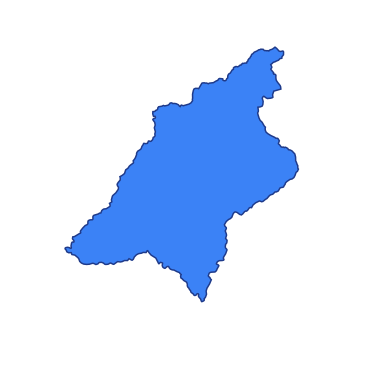 outline of Vilcas Huaman, Ayacucho, Peru, rotated 67°
{"feature_id": "86281439B2883679079046", "entity_name": "Vilcas Huaman", "entity_type": "district", "adm_level": 2, "iso_a3": "PER", "parent_name": "Peru", "parent_adm1": "Ayacucho", "projection": "mercator", "projection_center": [-73.905, -13.674], "detail": "fine", "context": "isolated", "style": "filled", "palette": "blue", "viewbox_px": 384, "rotation_deg": 67, "n_neighbors": 0, "source": "geoboundaries", "source_scale": "gbopen_adm2", "svg_char_len": 5976}
<svg xmlns="http://www.w3.org/2000/svg" viewBox="0 0 384 384"><g transform="rotate(67 192 192)"><path d="M295.1,222.6L294.2,220.8L291.8,218.6L288.7,217.7L286.5,215.9L283.4,211.7L280.3,208.5L278.9,209.0L277.8,208.9L276.5,209.6L275.6,209.8L273.6,208.1L273.2,207.1L273.3,205.7L274.6,202.1L274.0,200.3L272.5,198.8L270.4,196.1L269.5,196.2L267.9,197.6L267.5,197.5L266.8,196.9L266.1,195.8L265.9,194.6L265.9,193.6L266.9,190.9L267.1,189.5L266.6,189.0L265.2,189.0L264.2,188.3L262.0,185.2L259.0,182.4L258.3,182.4L256.6,183.0L255.5,182.8L253.4,181.6L252.4,179.9L250.6,178.8L250.1,178.6L247.8,179.2L245.3,177.1L244.1,176.8L240.8,176.6L239.1,174.7L238.2,174.4L236.0,175.1L234.7,174.9L232.5,171.9L231.6,169.0L231.5,167.1L230.8,165.2L228.3,162.8L227.5,161.6L227.2,160.5L227.3,159.9L228.4,158.5L231.2,156.9L232.4,155.5L232.0,153.9L230.6,151.2L230.5,150.1L230.9,149.3L230.7,148.2L229.0,145.4L229.1,144.3L229.7,143.3L227.8,140.9L226.8,137.6L226.6,133.5L226.9,133.0L228.2,131.7L228.4,130.4L227.5,127.3L227.3,125.6L225.7,122.4L225.3,120.9L225.6,118.5L224.4,115.5L224.9,114.2L224.8,112.2L222.7,109.4L222.7,108.4L223.2,106.4L223.0,105.6L221.9,104.4L221.5,103.5L220.1,102.3L219.4,100.5L218.7,96.8L219.1,94.8L218.5,92.5L216.9,90.6L215.0,88.9L214.5,88.3L214.2,86.9L212.5,85.1L211.5,85.3L208.9,84.3L208.0,84.5L205.4,84.3L203.8,84.4L200.3,83.0L197.1,82.5L193.3,83.9L191.8,85.1L190.7,86.7L189.4,86.8L188.0,87.8L187.1,88.8L187.2,89.7L186.2,90.5L186.2,91.1L185.4,92.3L182.9,92.9L181.5,93.6L181.0,93.5L179.0,91.6L176.4,92.0L175.7,92.7L175.2,93.9L174.0,94.5L170.9,97.3L168.1,99.3L165.9,100.4L163.8,100.4L162.2,99.9L161.0,99.1L159.6,99.7L155.2,100.2L152.6,101.3L150.0,101.4L145.6,100.9L144.6,100.5L143.9,99.6L143.0,99.1L139.7,98.2L140.3,96.0L140.4,94.1L140.2,93.6L139.0,92.5L136.4,91.1L133.1,90.7L132.1,89.4L131.9,88.8L132.2,88.2L133.8,87.4L135.4,86.1L136.4,82.9L136.6,81.2L136.4,80.5L133.9,79.8L131.1,77.3L132.0,70.0L129.8,69.3L128.3,69.3L124.7,70.3L122.8,70.7L121.5,70.7L119.4,70.1L117.2,69.1L115.9,69.7L115.6,70.6L114.7,70.8L114.3,70.3L113.4,70.5L109.9,71.5L109.5,71.3L108.7,70.0L108.2,69.7L105.4,69.7L105.1,68.2L104.4,66.6L104.6,64.1L104.4,63.3L104.5,60.9L103.6,58.9L104.0,57.1L102.6,56.3L101.5,54.2L98.9,53.0L98.2,53.0L97.7,53.3L97.2,55.8L96.3,56.8L92.8,58.0L91.1,59.0L91.9,62.2L91.7,64.8L92.2,66.2L91.6,66.7L91.3,67.9L90.7,68.7L90.3,69.8L89.3,70.5L88.5,70.7L87.4,72.9L87.5,73.9L87.2,74.8L87.6,77.4L87.6,80.0L88.5,82.0L88.6,83.1L89.3,84.0L89.9,84.3L90.2,85.1L91.3,86.4L91.5,87.4L92.4,88.9L93.2,89.3L93.6,90.5L94.6,91.3L93.9,93.2L93.8,94.3L93.3,95.2L93.7,96.0L93.7,96.6L94.3,97.2L94.0,98.2L94.6,100.2L94.6,101.1L93.8,102.2L93.5,103.2L93.8,103.8L93.6,104.2L93.7,104.7L94.1,105.5L95.3,106.0L95.4,107.4L97.5,110.3L97.6,111.7L98.1,112.7L99.1,113.7L101.0,114.6L101.3,115.8L102.3,116.8L102.6,117.6L102.2,118.9L101.2,119.8L99.8,119.5L98.3,122.2L98.3,123.1L99.3,124.8L99.2,126.2L99.7,129.6L98.6,133.4L98.7,134.7L97.4,136.0L97.0,137.1L96.3,138.0L95.7,139.8L95.7,140.4L99.5,145.5L98.7,146.5L97.9,148.5L98.0,150.0L99.1,151.1L102.2,153.3L106.0,154.8L106.7,155.4L108.2,155.8L109.6,158.2L109.9,160.4L109.2,166.2L107.8,167.9L108.1,168.7L108.8,169.4L108.3,169.9L106.3,170.5L104.5,172.1L103.4,174.0L103.2,175.0L102.3,175.6L101.8,176.3L101.6,177.4L102.5,179.0L102.7,180.3L102.1,183.5L101.1,184.6L101.3,185.9L100.5,189.4L101.2,190.6L102.2,191.1L102.8,192.4L102.7,193.6L103.1,194.2L103.2,195.3L102.7,196.6L104.7,197.6L107.2,197.9L107.5,197.8L107.8,196.5L108.9,196.4L109.7,197.2L109.5,199.0L109.9,199.7L110.9,199.7L113.2,199.1L116.0,199.7L118.2,201.6L122.3,202.2L124.1,203.6L125.3,203.8L126.0,204.3L126.5,205.2L126.6,206.4L127.8,207.2L128.6,208.1L129.3,209.9L129.2,210.4L128.2,211.7L128.1,212.2L129.8,214.0L129.3,216.0L128.6,216.9L128.4,217.6L129.2,218.3L130.5,220.3L132.3,221.9L132.9,223.8L133.1,225.7L134.0,227.2L134.9,228.0L135.8,228.3L138.3,230.7L139.3,232.1L140.3,234.0L141.8,234.2L142.4,234.7L143.1,237.8L143.7,239.6L145.1,241.7L145.7,244.4L148.6,246.9L149.4,249.7L149.7,252.4L150.9,252.5L152.9,253.4L154.4,256.3L155.6,257.9L157.1,258.2L158.8,257.8L160.6,258.7L163.0,262.4L164.2,266.0L164.7,266.9L167.8,269.3L169.2,269.5L169.8,269.8L170.2,272.4L172.0,272.4L173.2,273.2L173.9,277.5L173.2,279.8L173.4,281.2L173.9,282.4L175.7,284.1L175.3,285.5L175.6,286.7L175.1,291.3L175.3,292.1L176.2,293.0L177.5,293.4L178.5,294.1L178.6,294.6L177.8,296.8L177.8,298.6L178.9,299.6L180.1,300.0L180.6,300.4L181.1,301.4L181.1,303.4L182.5,306.7L184.1,309.6L185.0,310.3L185.9,310.3L186.3,310.7L186.3,311.9L187.1,317.6L186.7,319.3L188.1,320.2L188.7,320.3L190.4,319.7L191.5,320.0L191.9,320.4L191.3,321.8L191.9,322.8L194.5,324.5L195.8,324.7L196.4,325.1L196.6,325.4L196.3,325.9L195.2,326.8L194.3,328.0L193.9,329.7L194.0,330.5L194.4,330.9L195.1,331.0L196.3,330.5L198.1,330.6L199.7,329.3L200.6,326.9L202.6,327.0L204.3,324.5L208.0,322.6L209.6,322.3L212.0,322.5L214.1,321.6L216.0,319.9L217.5,317.3L218.4,314.6L218.7,311.6L219.4,310.3L221.2,308.8L221.4,306.7L220.7,305.3L220.7,304.7L221.4,302.7L222.8,301.3L224.4,300.5L225.0,299.7L225.7,297.5L225.5,295.4L225.6,294.6L227.6,292.9L228.0,292.2L227.0,287.7L228.4,285.3L228.8,283.5L228.7,280.9L229.9,278.1L228.8,276.0L231.0,274.3L231.4,273.7L231.0,272.3L229.3,270.5L228.1,267.7L227.9,265.2L228.6,262.2L228.5,260.6L229.8,257.9L228.6,256.3L228.7,255.7L231.3,255.2L234.1,254.3L238.7,251.1L244.7,250.7L245.1,250.5L245.1,250.1L244.6,249.2L244.5,248.3L245.8,246.9L246.6,247.1L247.5,247.9L248.3,248.2L249.9,248.2L250.8,247.7L251.6,246.9L251.7,246.5L250.9,244.1L251.2,242.9L251.6,242.6L252.8,242.6L254.6,242.0L255.9,240.7L256.9,239.0L259.3,237.1L261.2,235.1L262.9,234.7L263.7,234.2L265.0,235.4L266.8,235.8L268.2,234.9L270.2,234.2L272.9,232.2L274.9,232.3L276.6,233.0L278.0,233.0L279.3,232.5L281.0,232.4L282.1,231.9L283.6,232.1L284.3,231.9L286.3,230.7L287.7,230.5L288.3,230.0L288.5,229.3L288.4,228.3L287.8,227.4L287.7,226.7L288.2,226.0L289.0,225.9L290.1,226.7L291.0,226.8L294.0,225.9L296.0,226.1L296.8,225.8L296.8,224.1L296.6,223.3L296.1,222.8L295.1,222.6Z" fill="#3b82f6" stroke="#1e3a8a" stroke-width="1.5"/></g></svg>